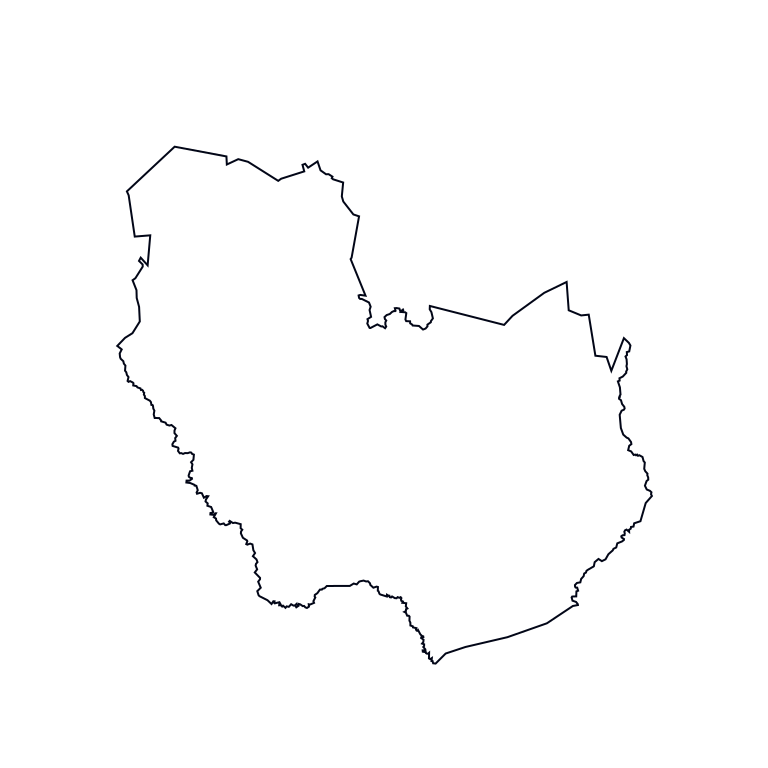 the district of Pueblo Nuevo, Durango, Mexico, rotated 345°
{"feature_id": "50627088B37596930660354", "entity_name": "Pueblo Nuevo", "entity_type": "district", "adm_level": 2, "iso_a3": "MEX", "parent_name": "Mexico", "parent_adm1": "Durango", "projection": "robinson", "projection_center": [-105.379, 23.455], "detail": "fine", "context": "isolated", "style": "outline", "palette": "ink", "viewbox_px": 768, "rotation_deg": 345, "n_neighbors": 0, "source": "geoboundaries", "source_scale": "gbopen_adm2", "svg_char_len": 6166}
<svg xmlns="http://www.w3.org/2000/svg" viewBox="0 0 768 768"><g transform="rotate(345 384 384)"><path d="M243.2,100.6L185.5,131.4L186.2,135.7L181.4,177.1L196.7,179.9L186.4,208.2L181.7,199.0L179.2,201.7L181.8,206.1L181.3,208.2L171.2,217.5L168.0,218.7L169.2,229.3L167.4,236.9L167.4,246.1L164.3,260.4L154.2,269.8L145.8,272.4L136.2,278.2L139.6,282.7L136.6,286.1L136.0,289.8L136.2,291.5L138.1,294.5L138.0,297.0L139.0,299.3L137.3,304.1L138.1,306.0L138.0,308.7L139.0,311.2L137.1,314.7L137.8,315.8L139.5,315.5L141.7,317.5L142.2,318.4L141.4,320.5L144.4,322.0L145.0,323.5L147.6,325.2L147.7,326.9L148.8,327.0L149.5,328.1L149.5,329.6L150.1,330.4L149.3,332.1L149.9,333.7L149.4,335.7L153.5,339.5L154.2,341.2L153.9,344.0L155.0,344.4L155.2,345.4L154.8,348.1L155.3,350.3L153.7,353.8L153.7,357.5L158.0,358.7L159.3,361.6L159.1,362.4L163.0,364.8L163.5,367.0L166.0,368.6L168.1,368.6L171.1,372.8L169.6,374.7L168.9,377.2L170.5,380.5L168.3,382.2L167.9,384.9L166.1,385.3L164.0,387.4L163.8,389.1L168.7,392.2L168.8,393.3L167.7,395.3L168.8,398.1L170.3,398.3L171.8,399.5L174.0,399.2L176.5,400.0L178.9,399.8L180.1,400.4L180.5,401.8L182.1,403.0L180.3,407.9L177.4,409.6L178.2,412.0L176.6,415.3L176.5,418.2L174.1,418.1L171.6,421.8L171.5,423.1L172.6,424.5L174.0,425.1L174.0,425.9L171.2,427.0L168.3,426.2L167.6,428.0L171.2,429.5L174.9,432.4L174.8,433.1L176.4,433.8L176.6,438.4L174.9,440.3L175.0,441.6L178.2,441.5L179.8,442.4L180.6,447.2L183.6,446.3L185.1,446.9L182.1,449.5L181.2,451.3L182.8,453.7L181.9,455.9L185.2,458.1L185.9,463.3L185.6,463.9L183.0,463.7L182.5,465.1L186.1,466.5L187.5,465.2L188.2,465.4L185.1,468.6L186.9,470.5L186.6,472.3L188.4,476.2L189.4,477.2L193.1,477.2L194.1,479.2L195.2,479.5L199.0,478.9L199.6,478.2L198.7,476.9L199.5,476.3L202.1,479.2L204.3,479.4L209.3,482.3L208.2,486.2L209.4,488.1L207.8,489.4L207.1,491.2L207.9,496.0L211.2,499.7L211.3,500.5L209.5,503.0L210.4,503.8L213.4,503.5L215.4,504.9L214.8,510.8L215.7,513.9L212.8,516.4L215.4,520.4L215.7,523.3L213.8,524.6L213.0,526.2L213.5,530.2L210.4,532.6L214.1,539.2L213.7,540.5L211.3,542.4L212.2,548.9L208.0,551.3L208.2,555.6L208.8,556.7L215.5,562.7L218.4,567.4L220.9,565.2L222.0,565.6L221.3,567.0L221.7,567.6L226.5,567.7L227.0,569.7L225.9,569.6L225.5,570.6L227.0,570.9L228.0,572.6L229.1,572.0L230.9,574.7L232.4,573.6L234.4,574.6L237.3,572.7L239.2,574.6L240.4,574.9L241.8,574.2L241.1,575.6L241.5,577.0L244.0,576.1L243.6,575.0L244.4,574.2L246.1,575.2L248.0,577.5L249.4,577.7L250.2,579.4L251.6,580.4L253.9,579.6L254.3,577.3L255.4,577.9L259.8,577.3L259.6,575.5L262.4,572.4L262.0,571.4L262.6,569.8L265.5,568.8L268.9,566.0L270.8,566.5L271.5,565.9L273.7,565.9L276.5,564.3L298.7,570.2L303.1,568.9L305.8,570.5L308.8,568.5L310.0,568.4L313.4,568.6L315.6,570.1L317.5,570.4L318.9,572.9L318.8,574.5L321.0,578.0L324.4,577.8L325.6,578.5L324.5,582.1L325.1,582.8L325.3,585.4L325.9,586.3L331.7,590.0L332.3,588.3L333.1,589.1L332.9,589.8L334.4,589.9L334.4,591.4L335.6,592.0L336.8,591.3L339.0,593.6L340.7,594.2L342.0,593.4L343.5,594.5L344.9,594.2L345.4,595.3L344.6,596.6L344.6,597.9L346.0,599.0L345.1,600.1L348.7,601.5L347.5,604.5L348.5,606.9L347.0,607.2L346.4,609.0L344.7,609.4L346.0,610.6L346.4,613.8L348.0,614.3L348.5,615.3L347.3,619.2L347.7,621.3L347.0,624.1L349.1,625.5L349.0,626.6L352.1,628.2L351.3,629.5L351.7,630.7L352.3,631.0L353.2,630.4L354.3,635.2L355.5,637.2L356.6,637.9L356.5,638.6L354.6,638.2L354.1,638.9L356.0,641.2L355.2,643.4L353.6,644.6L355.4,645.8L354.9,647.5L353.9,648.2L355.2,650.9L354.4,651.7L352.4,651.3L352.2,652.6L354.1,653.5L355.0,652.8L354.9,654.8L355.7,655.6L356.8,655.9L358.0,655.3L356.4,660.7L357.4,661.7L359.3,661.1L358.2,663.9L359.2,664.2L359.2,666.5L361.5,667.4L373.8,660.3L394.6,659.1L437.7,660.5L479.4,657.3L509.0,647.3L514.1,647.7L514.2,646.8L513.1,644.2L510.0,642.1L510.0,638.7L510.8,638.0L514.7,638.9L516.2,634.1L518.0,633.9L517.9,630.7L516.4,630.2L516.1,629.2L516.4,627.6L518.9,626.1L522.3,626.4L524.0,623.3L527.1,621.3L528.3,618.9L530.3,618.4L531.1,617.0L532.3,616.4L539.5,614.4L541.4,610.6L545.9,608.5L548.6,611.5L552.6,610.7L556.7,606.5L561.9,603.9L563.0,602.6L566.0,602.0L568.1,598.3L573.1,597.7L575.3,596.8L575.7,595.9L573.8,593.8L573.8,592.5L575.3,591.9L577.2,592.2L577.9,590.6L577.9,588.9L579.0,587.7L580.6,587.4L582.5,590.2L582.9,588.3L584.9,587.6L585.6,586.0L588.1,586.3L589.6,583.3L596.2,582.9L606.0,566.7L613.8,561.5L613.4,559.6L614.3,557.8L613.2,556.0L610.5,553.9L609.7,549.8L612.5,545.7L614.5,544.8L615.0,542.6L614.7,540.2L615.3,538.8L613.8,535.9L613.4,533.3L615.6,527.3L614.8,525.7L614.8,521.4L612.2,518.9L610.8,519.1L610.2,517.7L609.0,518.1L608.4,517.2L606.8,517.2L605.3,513.1L602.7,511.1L604.9,507.1L607.4,506.1L607.6,504.0L606.0,499.8L604.5,498.6L602.0,494.8L601.4,487.8L603.7,474.7L606.6,471.3L609.1,470.9L610.1,469.9L610.2,468.2L608.8,465.0L608.7,461.0L607.2,459.1L607.7,457.6L608.5,457.5L608.8,456.1L609.7,455.5L611.0,448.3L610.6,442.0L612.5,441.7L612.9,439.4L616.6,438.6L620.9,435.9L621.1,434.7L622.8,432.8L622.8,429.5L623.8,427.6L624.7,422.9L624.4,419.9L626.2,419.0L626.8,416.0L629.3,416.0L632.0,410.6L631.2,407.7L627.6,401.8L607.0,430.1L606.0,415.5L595.5,411.4L599.7,370.0L592.2,368.8L581.5,360.6L586.8,332.7L562.4,337.4L525.8,351.4L515.3,358.0L448.5,320.5L447.5,323.7L448.4,326.9L448.2,333.3L445.6,335.4L445.2,336.5L441.3,337.9L440.9,339.6L438.5,341.2L435.8,341.5L432.8,337.0L426.8,334.9L426.6,333.9L425.0,332.2L425.4,330.2L421.7,329.0L421.4,327.2L423.9,321.3L423.0,320.2L419.3,318.9L421.7,317.7L421.6,317.0L418.6,318.3L418.4,315.1L415.8,313.9L414.1,313.6L414.1,316.3L413.6,316.5L412.4,316.1L410.3,316.5L407.7,317.9L404.4,318.1L401.8,319.5L401.7,321.5L402.6,323.3L401.3,324.7L400.7,327.0L401.0,329.1L399.5,330.4L397.5,327.9L396.2,327.7L393.0,324.7L385.4,326.4L384.6,326.1L383.5,321.3L384.9,318.9L384.8,317.1L388.9,315.8L389.2,308.8L391.1,305.9L390.6,301.4L384.6,296.1L382.9,295.6L382.2,294.4L382.4,291.9L384.1,291.8L389.0,293.9L384.1,254.7L385.4,253.6L403.3,215.6L398.3,212.3L391.9,197.2L391.8,191.9L396.7,178.8L387.8,173.1L386.8,171.7L387.9,170.4L384.8,167.0L382.3,166.4L378.0,161.2L377.4,151.8L366.7,155.4L364.8,150.9L362.0,151.2L362.0,158.0L337.8,159.1L334.4,160.4L310.2,134.2L301.4,129.1L289.0,131.3L290.7,123.4L243.2,100.6Z" fill="none" stroke="#020617" stroke-width="2"/></g></svg>